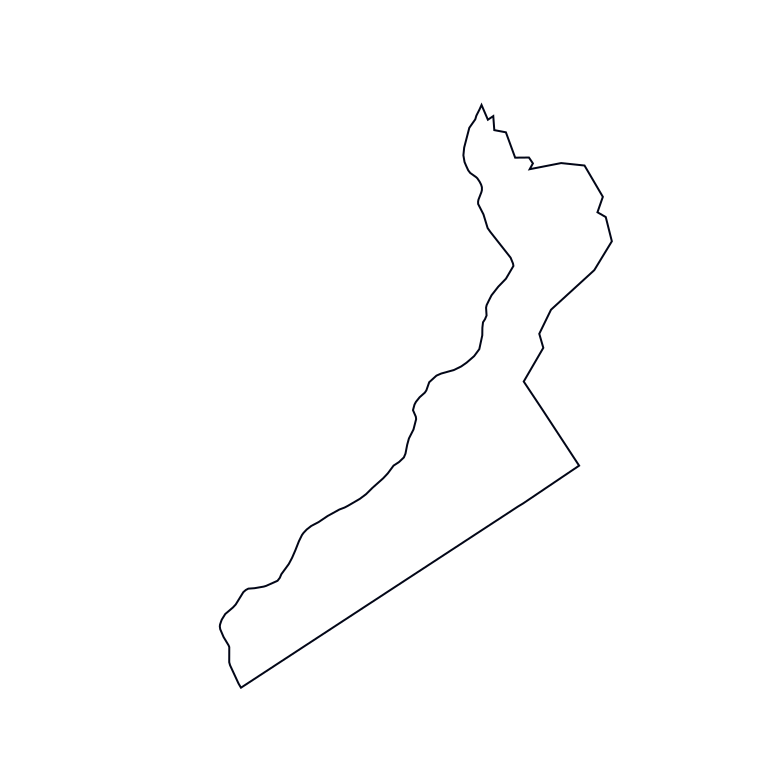 Rock Island, Illinois, United States of America (Robinson projection), rotated 326°
{"feature_id": "52423323B44322434678025", "entity_name": "Rock Island", "entity_type": "district", "adm_level": 2, "iso_a3": "USA", "parent_name": "United States of America", "parent_adm1": "Illinois", "projection": "robinson", "projection_center": [-90.569, 41.555], "detail": "fine", "context": "isolated", "style": "outline", "palette": "ink", "viewbox_px": 768, "rotation_deg": 326, "n_neighbors": 0, "source": "geoboundaries", "source_scale": "gbopen_adm2", "svg_char_len": 1734}
<svg xmlns="http://www.w3.org/2000/svg" viewBox="0 0 768 768"><g transform="rotate(326 384 384)"><path d="M657.0,361.0L670.1,351.2L672.4,315.0L654.4,299.9L624.9,287.4L630.8,284.4L630.8,277.3L619.3,269.7L625.8,243.5L617.4,235.2L624.4,223.0L617.9,223.0L620.9,207.2L616.9,209.7L610.6,213.2L607.7,215.6L598.0,219.3L582.7,232.8L577.7,238.8L574.9,245.0L574.1,249.1L573.3,254.0L573.5,257.3L576.1,264.2L576.4,265.7L576.4,269.7L576.0,273.0L575.2,275.6L573.6,278.0L571.9,279.5L565.4,284.0L564.0,285.4L562.7,287.4L561.3,299.0L557.1,312.7L557.2,317.4L559.6,350.1L558.3,356.3L557.3,358.5L544.0,364.9L533.2,367.2L522.7,370.6L517.7,373.4L513.2,376.0L511.3,377.8L507.3,384.6L505.4,385.8L504.1,386.7L500.6,388.2L497.0,392.4L492.7,398.6L482.5,408.4L474.3,411.3L464.4,412.5L458.2,412.6L457.7,412.6L449.8,411.5L437.2,407.3L432.2,406.4L429.3,406.8L422.5,407.8L415.5,413.0L413.0,414.0L406.1,414.9L400.4,416.7L397.8,418.1L393.4,421.9L392.1,428.9L391.0,431.1L383.0,438.2L374.2,443.1L369.3,447.3L362.9,453.7L359.4,456.0L352.8,457.1L346.3,457.0L337.2,460.2L330.7,461.7L316.5,463.6L307.6,465.3L299.7,465.7L286.0,464.8L282.3,464.4L276.8,463.1L263.5,461.9L252.4,461.9L244.4,461.0L238.6,461.4L234.1,462.4L231.6,463.3L225.5,466.8L217.5,472.3L210.6,476.7L204.4,480.0L192.5,484.3L189.3,486.4L185.7,487.6L173.2,485.4L171.0,484.7L162.5,480.9L157.1,477.8L154.2,477.5L151.0,477.9L137.7,483.9L133.8,484.8L123.8,485.9L117.8,488.6L116.1,489.8L113.5,491.8L112.3,493.2L111.1,495.7L109.5,504.1L109.0,513.8L108.6,515.6L100.1,528.1L99.1,531.1L95.9,551.0L95.6,555.6L95.6,555.8L426.5,560.5L432.4,560.8L500.1,560.8L501.0,493.2L501.2,460.1L536.3,443.1L540.8,429.2L564.0,415.8L622.0,407.2L652.7,393.1L661.2,369.6L657.0,361.0Z" fill="none" stroke="#020617" stroke-width="2"/></g></svg>